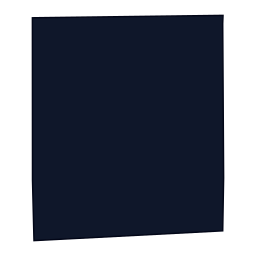 La Salle, Texas, United States of America
{"feature_id": "52423323B67793839713525", "entity_name": "La Salle", "entity_type": "district", "adm_level": 2, "iso_a3": "USA", "parent_name": "United States of America", "parent_adm1": "Texas", "projection": "albers", "projection_center": [-99.098, 28.339], "detail": "fine", "context": "isolated", "style": "filled", "palette": "ink", "viewbox_px": 256, "rotation_deg": 0, "n_neighbors": 0, "source": "geoboundaries", "source_scale": "gbopen_adm2", "svg_char_len": 231}
<svg xmlns="http://www.w3.org/2000/svg" viewBox="0 0 256 256"><path d="M32.4,17.8L32.5,177.0L32.5,179.6L34.0,240.6L222.7,230.8L223.6,177.9L222.7,23.5L223.0,15.4L32.4,17.8Z" fill="#0f172a" stroke="#020617" stroke-width="1.5"/></svg>